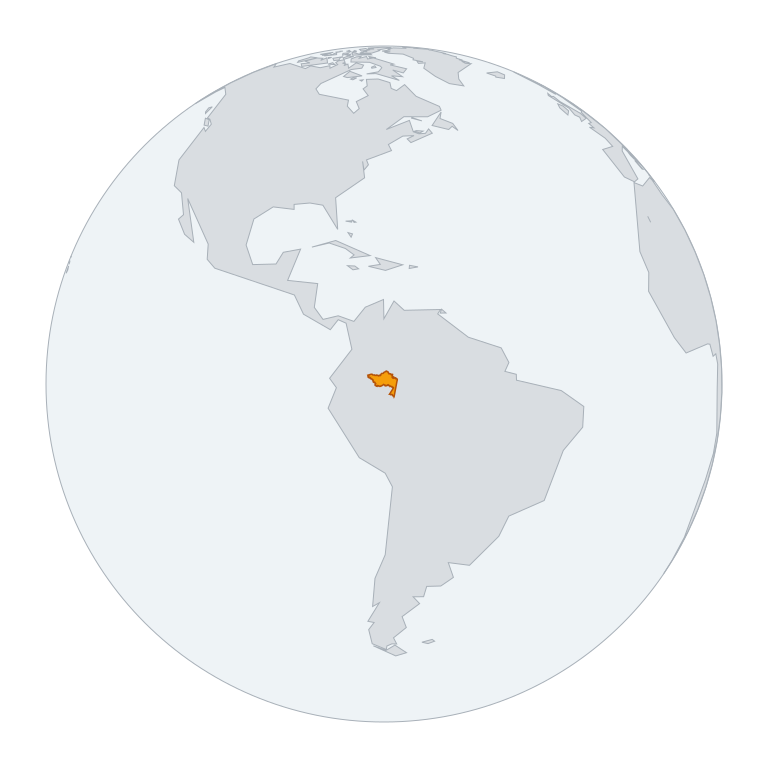 globe centered on Amazonas
{"feature_id": "COL-1283", "entity_name": "Amazonas", "entity_type": "Commissiary", "adm_level": 1, "iso_a3": "COL", "parent_name": "Colombia", "parent_adm1": "", "projection": "orthographic", "projection_center": [-71.672, -2.052], "detail": "fine", "context": "on_globe", "style": "filled", "palette": "amber", "viewbox_px": 768, "rotation_deg": 0, "n_neighbors": 0, "source": "natural_earth", "source_scale": "10m", "svg_char_len": 11114}
<svg xmlns="http://www.w3.org/2000/svg" viewBox="0 0 768 768"><circle cx="384" cy="384" r="338" fill="#eef3f6" stroke="#a8b0b8"/><path d="M201.6,99.5L203.2,98.5L210.1,94.3L209.6,94.5L231.1,82.7L253.3,72.4L276.3,63.7L273.9,67.1L289.9,63.5L305.4,68.6L310.8,65.9L320.2,67.7L329.9,65.7L330.0,68.2L337.7,64.6L335.7,62.7L338.4,60.8L344.0,59.8L345.1,62.4L342.5,63.3L345.7,63.7L343.9,65.6L347.9,64.1L348.6,68.2L356.2,62.9L363.6,65.1L361.8,68.2L351.3,69.5L320.9,83.5L315.9,88.9L319.3,94.3L348.5,100.1L347.3,106.2L353.7,113.3L359.2,108.6L356.3,101.6L368.2,95.6L363.1,88.9L367.2,85.9L366.4,79.4L378.1,79.0L389.9,82.6L391.2,88.4L396.5,90.6L404.6,84.6L416.1,96.3L439.4,106.4L441.1,110.2L427.6,116.8L403.9,116.7L386.3,129.5L409.4,120.4L413.3,131.8L418.9,133.8L425.5,133.3L428.6,128.9L432.3,133.2L410.9,142.6L407.2,138.9L414.0,135.6L402.8,136.1L388.4,144.5L391.5,150.6L366.5,159.9L368.4,164.8L364.0,170.1L362.6,161.4L364.6,177.8L335.6,197.7L337.7,229.4L322.9,205.2L309.9,203.0L294.1,204.4L294.1,209.4L273.2,206.9L253.9,219.0L246.1,245.0L252.7,264.6L276.0,264.0L283.3,252.3L300.6,249.1L287.6,280.4L317.7,283.6L314.3,307.4L323.0,319.4L338.2,315.8L353.9,321.4L365.3,307.2L383.5,299.5L383.9,318.8L394.0,301.0L404.2,310.3L440.5,309.5L437.7,313.9L468.3,337.2L501.2,347.9L508.9,362.5L504.9,371.4L516.3,374.3L516.5,380.2L561.3,390.6L583.8,406.5L582.7,427.2L563.3,450.4L544.2,500.5L508.8,516.1L498.8,536.3L469.5,565.3L448.3,562.6L453.4,577.4L440.8,586.0L426.7,586.4L423.6,596.7L413.1,596.8L419.6,603.6L402.1,616.6L406.3,627.5L393.5,637.8L396.7,644.0L392.0,643.8L386.9,646.0L386.3,649.5L372.2,643.7L368.7,629.6L374.1,622.5L367.9,621.3L379.4,602.7L372.6,606.5L375.0,578.3L385.2,554.8L392.4,486.8L385.2,473.2L359.3,457.7L328.1,408.2L336.4,387.7L329.6,378.3L351.9,349.3L346.1,323.2L338.2,319.7L330.3,329.7L303.5,314.2L294.4,295.0L214.8,268.2L207.2,259.3L208.2,244.1L187.7,198.5L193.8,242.3L184.6,234.3L178.5,219.1L183.5,214.7L181.5,192.8L174.3,185.7L179.0,159.9L204.0,127.5L205.4,131.4L211.3,124.2L209.9,119.2L207.5,117.9L225.8,94.3L224.9,87.5L213.4,93.0L224.7,86.7L195.3,103.7L195.1,103.8L201.6,99.5ZM66.1,273.3L68.6,265.9L67.8,269.9L66.1,273.3ZM69.8,261.9L69.0,264.3L69.6,262.4L69.8,261.9ZM69.9,260.9L69.8,261.6L69.6,261.6L69.9,260.9ZM69.8,260.6L70.0,260.4L69.8,260.7L69.8,260.6ZM335.7,240.5L370.1,255.6L350.3,258.0L354.1,254.9L345.4,248.5L329.2,243.0L311.9,247.1L335.7,240.5ZM70.7,257.7L71.0,256.8L71.4,255.9L70.7,257.7ZM351.6,222.1L345.6,221.1L351.6,220.8L351.6,222.1ZM205.4,118.2L209.2,119.7L208.0,126.1L204.1,125.1L205.4,118.2ZM208.7,107.9L212.3,106.8L205.5,113.5L205.5,112.0L208.7,107.9ZM203.6,98.5L205.4,97.8L201.4,100.0L203.6,98.5ZM360.0,80.2L363.1,79.8L361.7,81.2L360.0,80.2ZM356.7,77.9L352.8,79.8L350.6,79.1L353.1,77.9L356.7,77.9ZM362.1,75.9L347.3,77.6L343.6,76.5L349.9,71.3L362.1,75.9ZM332.7,62.7L335.0,64.6L328.0,64.1L332.7,62.7ZM327.5,63.0L301.8,66.4L301.2,63.8L309.9,62.9L304.9,61.1L317.2,58.0L322.7,58.3L320.7,60.4L326.9,57.8L327.5,63.0ZM339.0,60.0L333.9,60.6L332.9,58.3L343.0,56.7L340.1,57.9L339.0,60.0ZM297.6,62.4L298.6,60.9L308.9,57.8L310.7,56.9L317.4,57.8L297.6,62.4ZM343.1,57.9L348.2,56.1L353.7,56.4L343.9,59.3L343.1,57.9ZM328.4,58.5L328.5,57.5L331.7,57.4L328.4,58.5ZM376.0,57.8L369.9,57.9L368.9,56.5L376.0,57.8ZM349.7,55.5L347.7,55.4L346.7,55.1L351.0,54.1L349.7,55.5ZM324.2,55.9L328.2,55.2L322.0,55.3L329.4,53.6L332.5,54.7L334.3,53.5L336.6,53.0L336.6,54.6L324.2,55.9ZM352.2,52.3L358.7,54.0L370.3,53.8L371.5,54.8L352.7,55.1L352.2,52.3ZM343.0,53.4L349.0,52.8L347.5,54.0L342.5,55.2L343.0,53.4ZM333.3,52.3L321.1,54.6L320.8,54.3L333.3,52.3ZM355.8,51.9L354.2,51.6L356.8,51.7L355.8,51.9ZM340.6,51.7L336.3,52.4L336.1,52.1L340.6,51.7ZM354.4,50.6L356.5,51.0L353.2,51.6L354.4,50.6ZM348.3,50.9L349.1,50.3L350.8,51.6L346.4,51.2L348.3,50.9ZM341.1,51.3L339.6,51.3L342.9,51.1L341.1,51.3ZM365.8,48.5L368.7,50.0L361.4,51.1L359.6,49.4L365.8,48.5ZM395.7,655.9L373.3,645.8L386.0,650.4L394.9,645.1L406.5,652.7L395.7,655.9ZM421.9,642.2L432.2,639.4L434.6,641.2L428.0,643.6L421.9,642.2ZM627.6,149.8L618.9,141.4L625.5,148.2L636.7,159.6L644.0,168.1L650.1,175.8L642.3,166.2L622.3,146.4L622.2,151.0L637.9,178.9L634.5,181.8L624.4,177.0L602.7,149.5L612.7,146.4L605.2,138.2L589.5,127.2L593.9,127.8L588.7,123.4L591.2,122.6L581.2,112.3L581.7,111.2L564.8,99.3L562.8,97.6L573.4,104.8L580.9,109.8L580.9,109.4L605.2,128.5L627.6,149.8ZM572.9,103.8L575.2,105.5L554.0,92.3L555.8,94.4L538.5,84.6L513.7,72.0L544.1,86.4L572.9,103.8ZM663.6,573.7L671.6,561.2L684.4,537.2L705.5,479.5L713.4,453.5L716.8,433.2L717.2,388.5L717.7,364.1L715.8,353.8L713.1,356.3L709.9,344.2L707.5,343.9L686.1,353.0L674.4,337.7L648.6,291.3L648.8,272.5L639.9,251.6L634.0,182.6L642.7,186.0L649.5,177.6L652.1,180.0L662.1,194.8L673.1,209.1L684.9,230.1L695.0,251.9L703.7,274.4L710.7,297.5L716.0,320.9L719.6,344.7L721.6,368.7L721.8,392.8L720.3,416.8L717.1,440.7L712.2,464.3L705.7,487.5L697.5,510.1L687.7,532.1L676.4,553.4L663.6,573.7ZM647.7,216.3L650.7,222.3L647.7,216.3ZM441.6,309.2L446.0,313.0L440.2,313.1L441.6,309.2ZM347.5,265.7L354.8,266.0L358.6,268.8L353.0,269.8L347.5,265.7ZM409.5,265.3L418.0,266.9L409.2,268.5L409.5,265.3ZM375.6,257.6L402.7,264.8L385.5,270.4L368.4,266.3L380.3,264.4L375.6,257.6ZM348.0,232.6L352.5,233.9L351.1,237.2L348.0,232.6ZM355.9,222.1L354.1,222.4L351.9,219.8L355.9,222.1ZM414.5,131.2L416.4,130.6L423.1,131.1L419.9,132.9L414.5,131.2ZM452.7,123.4L458.0,130.5L452.1,126.3L448.7,129.5L432.1,125.5L441.1,112.0L440.0,118.5L452.7,123.4ZM412.4,117.7L421.9,120.9L411.1,118.0L412.4,117.7ZM557.8,103.9L563.0,106.0L568.6,110.8L567.9,115.0L559.8,107.9L557.8,103.9ZM569.2,108.3L548.3,95.5L547.8,93.4L551.6,96.5L553.4,96.4L560.0,101.6L580.0,113.1L586.2,118.3L581.6,121.5L579.7,117.2L574.7,114.9L569.2,108.3ZM495.7,76.1L486.6,73.0L497.4,71.8L504.6,74.9L504.5,78.5L495.8,77.1L495.7,76.1ZM376.0,67.5L371.8,68.2L371.5,67.2L374.8,65.8L376.0,67.5ZM373.3,57.9L393.8,64.1L390.1,64.9L406.6,68.8L403.3,72.9L392.7,70.0L402.5,76.7L391.5,75.8L399.3,80.4L376.0,73.6L366.6,73.9L378.4,71.8L381.8,67.8L380.4,66.2L369.5,62.3L350.9,62.0L351.2,58.9L356.4,56.9L361.0,56.4L359.3,58.3L366.5,56.5L367.6,59.0L373.3,57.9ZM417.2,48.0L413.3,48.2L428.1,49.3L429.2,50.0L430.8,50.1L435.9,51.3L444.9,53.3L443.9,53.7L447.8,54.4L451.3,55.6L456.4,56.9L456.3,58.2L462.5,60.1L458.9,59.7L469.6,62.8L461.6,61.2L465.3,63.3L471.1,63.7L458.1,72.5L458.8,79.1L463.8,85.9L449.4,83.6L435.4,76.4L423.8,68.2L425.2,62.9L418.4,63.4L417.0,61.2L423.0,61.8L413.0,59.8L413.5,58.3L403.1,54.1L388.5,53.3L384.4,52.2L390.3,51.8L382.0,51.1L390.5,49.9L387.7,49.2L393.2,47.9L406.4,48.3L402.3,47.7L406.3,47.3L417.2,48.0ZM367.8,48.1L383.2,47.2L391.4,47.6L378.3,49.9L379.6,50.6L371.5,53.2L359.8,53.0L363.2,52.1L363.8,51.4L367.2,51.7L364.9,50.9L369.5,49.9L368.9,49.2L374.1,49.0L367.8,48.1ZM648.5,174.5L649.3,175.2L649.1,174.6L654.8,182.0L648.5,174.5ZM635.2,161.1L635.0,160.1L643.0,169.3L642.1,169.1L635.2,161.1ZM628.1,152.3L634.4,159.3L630.5,155.4L628.1,152.3ZM572.4,103.9L571.4,103.0L573.9,104.7L577.6,107.3L572.4,103.9Z" fill="#d9dde1" stroke="#a8b0b8" stroke-width="1"/><path d="M397.3,379.2L397.3,379.5L397.2,380.0L397.2,380.3L397.1,380.7L397.1,380.8L397.0,381.1L394.1,396.7L394.0,396.9L393.9,396.6L393.7,396.3L393.5,396.1L392.9,395.8L392.7,395.7L392.6,395.3L392.6,395.1L392.4,394.8L392.2,394.6L391.8,394.4L391.6,394.4L391.5,394.5L391.3,394.7L391.1,394.8L390.9,394.8L390.6,394.7L389.8,394.2L389.5,394.2L393.5,387.9L393.4,387.8L393.3,387.4L393.2,387.4L393.1,387.5L392.9,387.6L392.9,387.4L392.6,387.4L392.4,387.3L392.3,387.0L392.2,386.9L391.9,387.0L391.7,387.0L391.6,386.9L391.8,386.8L391.8,386.6L391.7,386.6L391.3,386.6L391.2,386.6L391.1,386.4L390.9,386.3L390.7,386.3L390.6,386.2L390.4,386.1L390.3,386.3L390.0,386.4L390.0,386.1L389.9,386.0L389.7,385.9L389.7,385.7L389.4,385.6L389.2,385.5L389.0,385.4L388.7,385.1L388.5,384.9L388.4,385.0L388.0,384.9L387.8,384.9L387.8,385.1L387.8,385.3L387.6,385.2L387.3,385.2L387.1,385.2L387.0,385.5L386.8,385.6L386.7,385.7L386.3,385.7L386.1,385.7L385.7,385.9L385.4,385.8L385.4,385.7L385.5,385.7L385.4,385.4L385.3,385.2L385.2,385.2L385.1,385.3L385.1,385.5L384.9,385.5L384.9,385.4L384.9,385.2L384.4,384.9L384.1,384.7L383.8,384.8L383.6,384.8L383.6,384.7L383.4,384.5L383.1,384.8L382.8,385.1L382.5,385.4L382.4,385.5L381.9,385.6L381.7,385.6L381.4,385.8L381.1,386.1L380.6,386.0L380.4,386.1L380.4,386.3L380.0,386.3L379.8,386.4L379.7,386.3L379.5,386.2L378.9,386.0L378.7,386.0L378.5,385.7L378.4,385.7L378.2,385.8L378.0,386.1L377.9,386.2L377.7,385.9L377.6,386.1L377.4,386.0L377.3,385.9L377.0,386.1L376.9,386.1L376.6,386.2L376.4,385.8L376.2,385.7L375.8,385.5L375.7,385.7L375.3,385.5L375.2,385.4L375.2,385.2L375.0,384.9L375.3,384.5L375.3,384.4L375.5,384.1L375.4,384.1L375.3,383.7L375.2,383.5L375.2,383.4L375.2,383.1L375.1,382.8L375.0,382.7L374.9,382.4L374.7,382.2L374.6,382.3L374.4,382.3L374.2,382.5L373.9,382.3L373.6,382.3L373.5,382.2L373.2,381.9L373.1,381.5L373.1,381.4L373.3,381.2L373.3,380.8L373.2,380.6L373.0,380.4L372.8,380.3L372.7,380.2L372.9,380.0L372.7,379.9L372.7,379.7L372.4,379.3L372.2,379.2L371.9,379.1L371.7,378.9L371.5,379.1L371.4,379.1L371.1,379.0L371.0,378.9L370.9,378.8L370.7,378.5L370.6,378.4L370.5,378.5L370.4,378.4L370.4,378.2L370.3,378.3L370.2,378.3L369.9,377.8L369.7,377.9L369.2,377.8L368.9,377.7L368.7,377.6L368.5,377.2L368.4,377.1L368.2,377.0L368.3,376.9L368.5,376.9L368.4,376.6L368.5,376.5L368.4,376.5L368.2,376.5L368.0,376.3L368.0,376.2L368.1,375.9L367.8,375.2L371.1,374.2L371.5,374.3L371.9,374.2L372.0,374.2L372.2,374.3L372.3,374.4L372.4,374.5L372.5,374.6L372.8,374.9L372.9,375.0L373.3,375.0L373.6,375.0L373.9,375.0L374.0,375.0L374.2,374.9L374.3,374.9L374.5,375.1L374.7,375.3L375.0,375.5L375.4,375.4L375.6,375.4L375.8,375.3L376.2,375.0L376.8,375.5L377.3,375.4L377.5,375.2L377.8,375.3L378.4,375.8L378.6,375.9L378.8,375.9L379.0,375.7L379.2,375.4L379.4,375.2L379.6,375.2L379.8,375.3L379.9,375.5L380.2,375.6L380.4,375.6L380.6,375.4L380.7,375.2L380.7,374.8L380.7,374.7L380.8,374.5L381.0,374.2L381.2,373.9L381.3,373.8L381.6,373.7L381.8,373.4L382.0,373.4L383.0,373.4L383.4,373.2L383.5,373.1L383.6,372.9L383.7,372.7L383.9,372.4L384.3,372.2L385.4,371.7L385.7,371.5L386.1,371.1L386.4,371.3L386.5,371.3L386.8,371.2L387.0,371.3L387.1,371.6L387.7,371.9L387.8,371.9L388.0,371.9L388.1,372.0L388.3,372.2L388.4,372.4L388.4,372.5L388.3,372.8L388.5,373.0L388.7,373.4L388.9,373.8L389.1,373.8L389.3,373.8L389.4,373.6L389.5,373.6L389.9,373.8L390.0,373.8L390.3,373.8L390.4,374.0L390.5,374.0L390.8,374.0L391.0,374.1L391.2,374.3L391.2,374.6L391.5,374.6L391.8,374.7L392.0,374.4L392.3,374.3L392.6,374.4L392.6,374.5L392.2,374.9L392.1,375.1L392.3,375.2L392.4,375.3L392.4,375.8L392.5,376.1L392.3,376.3L392.2,376.3L392.3,376.6L392.5,376.7L392.6,376.9L392.5,377.1L392.3,377.2L392.2,377.3L392.2,377.5L392.3,377.6L392.5,377.7L392.8,377.5L392.7,377.9L393.0,378.2L393.2,378.3L393.3,378.2L393.4,377.9L393.2,377.8L393.1,377.7L393.3,377.5L393.4,377.4L393.6,377.5L393.7,377.4L393.8,377.4L394.0,377.4L394.3,377.3L394.5,377.4L394.4,377.4L394.4,377.5L394.3,377.8L394.2,378.0L394.3,378.1L394.7,378.0L394.8,378.0L395.1,378.1L395.3,378.0L395.3,377.9L395.5,377.8L395.9,378.0L396.0,378.2L395.9,378.5L395.9,378.8L396.0,378.8L396.3,378.6L396.8,378.8L397.0,378.9L397.1,379.0L397.3,379.2Z" fill="#f59e0b" stroke="#b45309" stroke-width="1.5"/></svg>